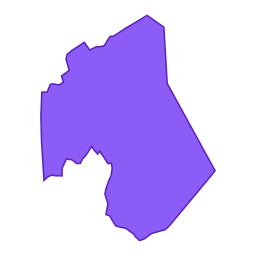 Maraial, Pernambuco, Brazil
{"feature_id": "56859067B76593573663300", "entity_name": "Maraial", "entity_type": "district", "adm_level": 2, "iso_a3": "BRA", "parent_name": "Brazil", "parent_adm1": "Pernambuco", "projection": "equal_earth", "projection_center": [-35.787, -8.834], "detail": "fine", "context": "isolated", "style": "filled", "palette": "violet", "viewbox_px": 256, "rotation_deg": 0, "n_neighbors": 0, "source": "geoboundaries", "source_scale": "gbopen_adm2", "svg_char_len": 943}
<svg xmlns="http://www.w3.org/2000/svg" viewBox="0 0 256 256"><path d="M113.6,36.2L110.3,36.3L108.2,39.1L104.3,45.7L99.8,46.7L96.0,46.9L89.7,50.0L84.3,42.3L74.9,48.5L71.7,50.5L67.2,54.3L66.0,59.2L69.2,70.3L61.5,76.0L63.4,81.9L60.2,84.5L57.2,84.7L53.3,83.8L50.4,84.3L48.8,88.0L47.2,92.1L41.8,92.1L40.9,115.7L41.5,141.0L44.0,180.5L47.5,177.1L51.4,175.1L55.5,175.8L62.1,175.9L62.1,168.3L66.4,159.0L71.9,159.8L77.0,163.7L80.5,163.2L82.5,159.0L85.9,155.5L89.0,150.5L91.7,146.5L94.2,150.2L97.6,154.1L99.6,151.2L103.5,156.7L107.9,163.6L111.4,163.3L112.2,168.2L111.1,175.6L109.0,180.0L106.0,188.5L104.9,194.0L107.9,204.0L105.9,214.6L109.6,215.8L115.5,225.7L120.1,227.2L125.9,228.3L129.1,230.8L133.4,233.8L135.9,237.2L139.6,240.6L144.3,238.9L151.6,233.5L165.4,229.6L169.5,225.7L211.0,175.8L215.1,170.7L195.4,134.8L183.6,113.3L167.2,83.4L163.9,27.2L147.1,15.4L126.3,27.8L117.4,33.6L113.6,36.2Z" fill="#8b5cf6" stroke="#5b21b6" stroke-width="1.5"/></svg>